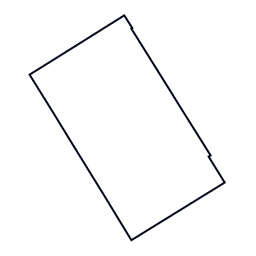 Lyon, Kansas, United States of America (Natural Earth projection), rotated 328°
{"feature_id": "52423323B39562727260187", "entity_name": "Lyon", "entity_type": "district", "adm_level": 2, "iso_a3": "USA", "parent_name": "United States of America", "parent_adm1": "Kansas", "projection": "natural_earth1", "projection_center": [-96.128, 38.455], "detail": "fine", "context": "isolated", "style": "outline", "palette": "ink", "viewbox_px": 256, "rotation_deg": 328, "n_neighbors": 0, "source": "geoboundaries", "source_scale": "gbopen_adm2", "svg_char_len": 334}
<svg xmlns="http://www.w3.org/2000/svg" viewBox="0 0 256 256"><g transform="rotate(328 128 128)"><path d="M72.4,105.1L72.0,174.9L71.4,224.9L181.1,225.5L181.2,195.0L183.5,195.0L183.4,135.2L183.5,120.2L183.5,45.5L184.6,45.5L184.5,30.5L118.4,30.6L72.8,30.6L72.7,75.2L72.4,105.1Z" fill="none" stroke="#020617" stroke-width="2"/></g></svg>